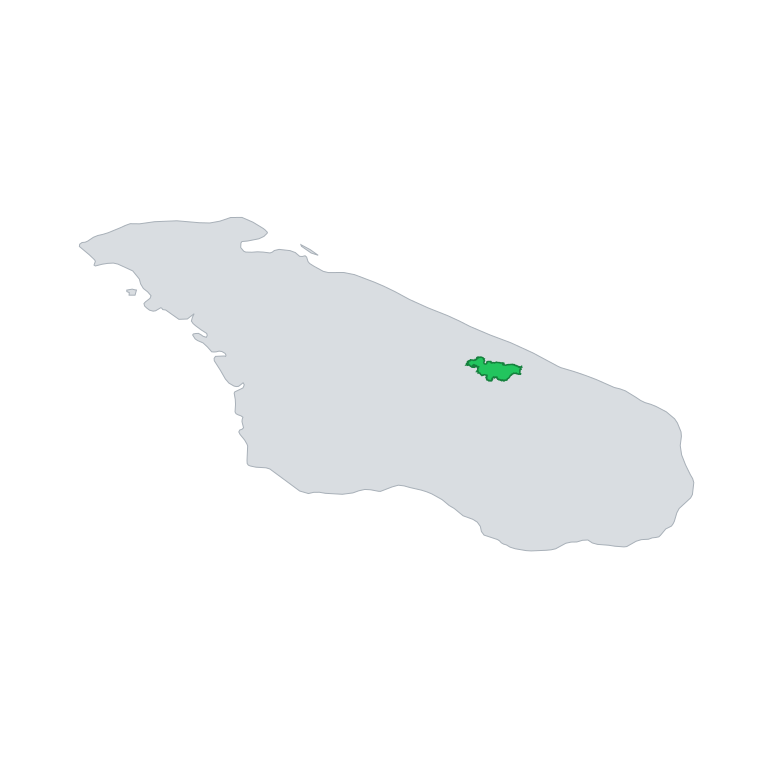 Ifanadiana, Vatovavy-Fitovinany, Madagascar (highlighted), rotated 278°
{"feature_id": "10022922B31790128040616", "entity_name": "Ifanadiana", "entity_type": "district", "adm_level": 2, "iso_a3": "MDG", "parent_name": "Madagascar", "parent_adm1": "Vatovavy-Fitovinany", "projection": "natural_earth1", "projection_center": [47.619, -21.071], "detail": "fine", "context": "in_parent", "style": "filled", "palette": "green", "viewbox_px": 768, "rotation_deg": 278, "n_neighbors": 0, "source": "geoboundaries", "source_scale": "gbopen_adm2", "svg_char_len": 8869}
<svg xmlns="http://www.w3.org/2000/svg" viewBox="0 0 768 768"><g transform="rotate(278 384 384)"><path d="M491.2,79.9L493.1,84.9L495.3,89.6L502.0,101.1L504.9,105.6L507.4,110.3L508.6,119.7L512.8,134.3L516.8,156.2L518.0,178.7L519.2,189.1L522.4,198.8L527.5,208.9L529.2,220.1L526.0,231.7L521.3,242.6L520.2,244.6L518.0,247.4L517.0,247.3L513.4,244.5L510.4,239.9L506.6,229.0L505.3,223.5L503.7,222.7L499.2,223.1L496.0,226.6L495.4,228.7L496.1,234.8L497.3,240.3L497.8,245.9L497.9,252.9L499.1,255.1L500.9,256.8L502.7,261.4L503.0,272.4L501.8,277.9L498.7,282.7L498.9,285.3L500.0,288.0L498.9,289.7L494.7,291.7L493.0,293.5L490.8,298.4L487.1,308.2L486.6,313.3L488.8,328.6L488.2,339.5L483.5,360.3L480.8,370.2L477.0,382.0L471.2,397.6L465.5,417.1L460.6,437.3L457.0,449.4L452.9,461.3L447.3,482.3L442.5,503.7L435.5,527.2L425.8,553.5L424.8,556.9L422.8,570.3L420.6,581.9L418.0,593.4L412.6,612.5L412.0,618.4L410.8,624.0L405.6,635.9L403.4,640.4L401.9,645.1L401.0,651.1L399.5,656.9L395.7,667.5L390.0,676.6L386.2,680.0L377.9,684.8L373.6,685.8L364.3,685.9L355.2,688.6L345.8,693.9L336.8,700.0L333.3,702.8L329.5,704.5L317.5,704.8L313.9,703.5L301.8,693.6L297.2,691.9L288.4,690.6L285.7,689.7L283.3,688.4L279.7,683.2L272.6,678.8L270.9,677.4L269.8,674.4L269.0,671.1L267.1,667.5L265.7,660.5L263.4,655.6L256.8,647.0L256.1,644.3L255.5,635.2L255.6,629.0L254.9,617.7L255.6,612.4L257.9,607.6L256.9,602.4L254.4,596.9L253.5,591.3L251.6,586.2L244.7,576.9L243.0,572.4L241.9,567.7L239.2,553.0L238.8,547.9L239.1,537.0L240.0,531.5L241.7,527.6L242.1,524.7L243.1,522.2L244.8,520.2L245.8,517.9L248.3,504.1L251.5,501.0L256.4,499.2L260.2,495.6L262.4,490.7L264.5,480.7L270.6,470.7L272.7,465.5L277.6,457.6L281.9,446.4L283.2,441.2L284.1,435.8L285.1,424.0L285.9,418.1L285.8,412.3L283.2,406.3L277.2,395.5L277.0,393.5L277.4,385.4L276.9,379.6L274.7,373.8L271.8,368.3L269.0,358.1L267.6,341.2L267.8,335.1L267.0,329.6L265.0,324.4L266.3,315.4L284.0,282.7L284.6,278.8L283.8,268.8L284.2,263.0L284.8,260.9L286.2,259.6L289.2,259.0L303.7,257.6L305.5,256.6L309.1,253.8L314.0,248.5L316.3,246.9L318.3,247.5L319.5,249.8L321.1,251.0L327.0,248.6L329.2,248.5L331.5,248.9L332.6,246.7L333.2,243.7L334.0,241.6L335.6,240.4L343.1,239.8L347.9,238.9L354.1,236.9L355.4,237.3L360.4,244.8L362.0,245.4L363.9,245.7L365.6,244.3L361.5,240.4L360.9,238.2L361.1,235.7L363.3,230.3L366.9,226.2L375.0,219.9L383.4,212.7L385.8,212.2L387.9,213.3L389.5,221.9L389.3,223.3L390.6,223.5L392.2,222.4L393.6,219.0L393.6,216.1L392.5,213.4L392.0,211.0L391.9,208.9L396.2,203.9L399.5,199.1L401.1,193.3L402.4,190.7L405.9,187.7L407.0,188.2L407.8,190.6L408.3,193.2L407.4,195.7L406.1,198.2L405.5,201.6L407.5,202.2L409.4,201.4L412.2,195.3L415.3,189.6L417.2,186.6L419.5,184.5L423.4,185.0L427.2,186.2L421.0,180.2L419.5,171.9L426.9,157.5L426.9,154.5L428.0,153.6L428.5,152.4L424.7,147.6L424.0,145.2L424.5,141.5L426.3,138.3L428.0,136.0L430.3,135.1L432.2,136.4L436.3,140.4L439.0,141.0L442.4,137.1L445.1,132.4L449.2,129.1L453.9,127.1L461.0,119.5L465.7,103.8L466.1,99.2L465.0,93.6L463.4,88.3L460.7,81.7L461.4,80.3L465.3,81.1L466.6,80.2L470.8,74.4L477.8,63.2L480.1,63.2L482.1,65.3L482.8,68.3L484.2,70.6L488.9,75.9L491.2,79.9ZM442.6,124.1L442.6,125.8L437.3,125.1L436.5,119.2L439.1,119.0L439.7,116.5L441.2,116.2L442.9,121.5L442.6,124.1ZM506.8,292.2L502.3,300.9L503.6,293.6L508.9,283.1L510.4,282.3L506.8,292.2Z" fill="#d9dde1" stroke="#a8b0b8" stroke-width="1"/><path d="M404.4,498.3L404.5,498.5L404.4,498.9L404.2,498.9L404.0,499.0L404.1,499.5L403.7,499.8L403.6,500.2L403.7,500.4L404.3,500.4L404.3,500.5L404.5,500.6L404.6,501.0L404.3,501.7L403.9,501.9L403.7,502.1L403.8,502.4L403.9,502.7L404.1,502.7L404.2,502.9L404.4,502.7L404.6,502.9L404.8,503.5L404.8,504.3L405.0,504.7L404.9,505.0L405.2,505.3L405.2,505.8L405.3,505.6L405.8,505.3L406.3,505.4L406.5,505.6L406.7,506.0L407.4,506.8L408.0,507.1L408.9,507.6L409.4,507.7L409.8,507.9L410.2,508.1L410.4,508.4L410.6,508.6L410.6,509.0L411.2,509.1L411.7,509.4L411.8,510.1L412.8,510.9L412.7,512.1L412.7,512.4L412.8,512.7L413.2,513.3L413.1,513.7L413.0,513.8L412.7,513.9L412.5,514.5L412.6,514.8L412.8,515.2L412.8,515.3L412.7,515.1L412.5,515.8L412.4,516.0L412.6,516.5L412.6,517.7L412.7,517.8L412.8,517.8L413.0,517.4L413.3,517.6L413.4,517.3L413.9,516.9L414.3,516.9L414.9,516.8L415.4,516.9L415.6,516.8L415.8,516.8L415.9,516.6L416.3,516.6L416.6,516.8L417.1,516.8L417.3,516.7L417.7,517.2L417.7,517.7L417.9,517.7L418.2,517.3L418.4,517.1L418.8,517.0L419.0,517.1L419.1,516.7L419.3,516.7L419.4,517.1L419.7,517.5L419.9,518.0L420.1,517.8L420.5,517.7L420.3,517.5L420.0,517.1L419.8,516.4L419.5,516.1L419.3,515.6L419.4,515.4L419.6,515.6L419.9,515.6L419.9,515.4L419.7,514.9L419.7,514.6L420.4,513.9L420.3,512.8L420.4,512.7L420.5,512.8L420.7,512.4L420.7,511.8L420.5,511.5L420.7,511.0L420.9,511.0L421.3,510.5L421.1,510.2L421.2,509.7L421.0,509.2L421.4,508.8L421.2,508.1L421.0,506.9L420.6,505.3L420.6,504.8L420.5,504.7L420.5,504.4L420.3,504.2L420.3,503.4L420.1,503.0L419.8,502.6L419.5,502.0L419.6,500.8L419.5,499.7L419.6,499.1L419.8,498.9L420.1,499.1L420.3,499.6L420.6,500.0L420.9,499.9L420.9,499.7L420.7,499.4L420.8,499.1L421.2,499.3L421.2,499.1L421.4,499.0L421.4,498.9L421.3,498.6L421.4,498.3L421.2,497.4L421.1,497.1L421.0,496.5L421.2,496.2L421.1,495.9L421.3,495.6L421.2,495.1L421.1,493.1L421.1,492.9L421.3,492.4L421.1,492.1L420.8,491.8L420.8,491.3L420.3,490.5L420.3,490.4L420.2,490.3L420.3,490.2L420.4,489.2L420.3,488.7L419.9,488.2L419.8,487.3L420.0,487.0L420.4,486.7L420.8,487.0L421.1,486.8L421.0,486.1L421.1,485.9L420.9,485.6L420.9,484.5L420.7,484.0L420.6,483.4L420.4,483.3L420.0,482.7L419.2,483.0L418.6,482.8L418.2,482.4L418.0,482.1L417.9,481.8L417.9,480.9L418.2,480.3L419.4,479.8L420.1,480.0L420.4,480.1L421.0,480.3L421.2,480.2L421.5,479.8L421.9,479.6L422.8,479.8L422.8,479.7L422.9,479.2L422.7,479.0L423.5,478.7L423.7,478.3L424.1,476.8L424.1,476.1L423.9,475.9L424.0,475.3L423.7,474.9L423.7,474.4L423.7,474.2L423.8,473.8L423.6,473.6L423.7,473.2L423.3,472.9L423.2,472.5L423.1,472.3L422.9,472.3L422.7,472.8L422.6,472.5L422.1,472.5L422.0,472.2L421.7,472.4L421.4,472.3L421.4,472.1L421.1,471.8L420.5,471.4L420.7,470.8L420.4,470.8L420.2,470.6L420.2,470.3L420.0,470.1L420.0,469.7L419.9,469.7L419.8,469.1L420.1,468.7L420.0,468.3L420.0,468.0L419.9,467.4L420.0,466.9L420.0,466.4L419.8,466.4L419.6,466.2L419.3,466.2L419.1,466.0L418.9,465.9L419.1,465.4L419.0,465.2L418.7,465.1L418.5,464.8L418.5,464.5L418.3,464.5L418.2,464.3L418.1,464.5L418.0,464.4L417.8,464.5L417.6,464.2L417.8,464.1L417.5,463.7L417.2,463.9L417.1,464.2L416.6,464.7L416.4,464.5L416.4,464.2L416.3,463.9L416.4,463.7L416.3,463.4L416.0,463.1L415.7,463.3L415.5,463.2L415.4,463.4L415.2,463.2L415.1,462.9L414.8,463.0L414.6,462.9L414.7,463.1L414.5,463.5L414.4,463.5L414.2,463.7L414.3,463.9L414.2,464.3L414.4,464.4L414.8,464.8L414.8,465.0L414.5,465.2L414.5,465.6L414.7,466.1L414.1,466.7L413.9,466.8L413.6,467.1L413.5,467.7L413.6,468.3L413.4,468.5L413.1,468.5L412.9,468.7L413.0,470.2L413.1,470.7L413.2,470.9L413.1,471.2L413.5,471.7L413.8,471.6L413.9,471.4L413.9,471.0L413.4,470.5L413.4,470.1L413.5,469.7L413.7,469.4L413.9,469.3L414.1,469.0L414.3,469.0L414.6,469.4L415.0,469.5L415.4,469.8L415.7,470.2L415.7,470.5L415.5,470.8L415.1,470.8L415.0,470.5L414.8,470.3L414.6,470.8L414.8,471.2L415.3,471.3L415.1,472.2L414.9,472.0L414.9,472.5L415.1,472.7L415.1,473.0L414.8,472.9L414.2,472.8L413.9,473.0L413.9,474.0L414.2,474.5L414.2,474.8L414.3,475.0L414.2,475.2L414.0,474.9L413.9,474.5L413.6,474.8L413.5,474.7L413.4,474.8L412.9,474.6L412.7,474.6L412.5,474.9L412.2,474.7L411.9,474.8L410.8,474.8L410.6,474.9L410.4,474.7L410.3,475.0L410.0,474.8L409.7,474.4L409.4,474.5L409.2,474.3L409.2,474.7L409.1,475.1L409.2,475.4L409.2,475.6L408.6,475.8L408.0,475.8L408.1,476.0L408.3,476.2L408.3,476.5L408.1,476.7L408.1,477.4L407.8,477.6L407.8,477.8L407.5,477.9L406.8,478.5L406.7,478.9L406.7,479.0L406.4,479.3L406.4,479.6L406.4,479.8L406.1,479.8L406.2,480.3L406.4,480.4L406.5,480.5L406.5,480.8L406.5,481.0L406.9,481.1L406.9,481.4L407.1,481.9L407.2,482.2L407.0,483.0L407.0,483.8L407.0,484.1L407.0,484.6L406.8,484.7L406.8,484.8L405.8,484.8L405.5,484.5L405.4,484.7L405.1,484.5L404.7,484.7L404.4,484.5L404.2,484.6L404.2,484.4L403.9,484.6L404.0,484.8L404.0,485.0L403.8,485.0L403.3,485.1L403.1,485.4L402.8,485.1L402.4,485.3L402.4,485.5L402.5,485.9L402.7,486.2L402.5,486.4L402.1,486.6L402.0,486.9L401.8,487.1L401.7,487.4L401.8,487.6L401.8,487.9L402.2,488.0L402.3,488.2L402.2,488.5L401.9,489.1L401.9,489.6L402.3,489.7L402.4,490.1L402.6,490.0L402.8,490.1L403.0,490.5L403.4,490.5L403.7,490.7L403.9,490.3L404.0,490.2L404.7,490.3L405.2,491.1L405.3,491.2L406.2,491.4L406.0,491.9L406.1,492.1L405.9,492.2L406.1,492.6L406.0,493.0L405.9,493.0L406.2,493.3L406.2,493.6L406.4,493.7L406.3,494.1L406.4,494.3L406.5,494.5L406.4,494.5L406.3,494.8L406.1,495.0L405.9,494.8L405.7,494.8L405.4,495.4L405.2,495.8L404.9,496.0L404.7,496.0L404.8,496.3L404.6,496.8L404.4,496.8L404.2,497.0L404.1,497.5L404.5,497.8L404.4,498.3Z" fill="#22c55e" stroke="#15803d" stroke-width="1.5"/></g></svg>